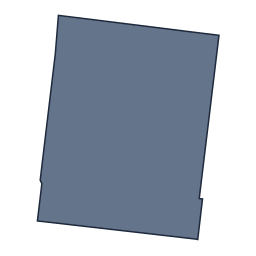 the district of Aurora, South Dakota, United States of America, rotated 187°
{"feature_id": "52423323B17598192587787", "entity_name": "Aurora", "entity_type": "district", "adm_level": 2, "iso_a3": "USA", "parent_name": "United States of America", "parent_adm1": "South Dakota", "projection": "orthographic", "projection_center": [-98.556, 43.718], "detail": "fine", "context": "isolated", "style": "filled", "palette": "slate", "viewbox_px": 256, "rotation_deg": 187, "n_neighbors": 0, "source": "geoboundaries", "source_scale": "gbopen_adm2", "svg_char_len": 301}
<svg xmlns="http://www.w3.org/2000/svg" viewBox="0 0 256 256"><g transform="rotate(187 128 128)"><path d="M208.8,65.5L206.7,62.3L206.6,24.7L47.4,26.0L45.2,25.8L45.4,66.7L48.7,66.6L49.0,231.1L79.3,231.1L210.8,231.3L209.2,193.3L208.8,65.5Z" fill="#64748b" stroke="#1e293b" stroke-width="1.5"/></g></svg>